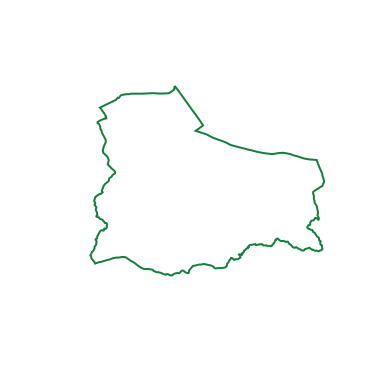 Kilolo, Iringa, United Republic of Tanzania (Mercator projection), rotated 235°
{"feature_id": "72390352B38467377597679", "entity_name": "Kilolo", "entity_type": "district", "adm_level": 2, "iso_a3": "TZA", "parent_name": "United Republic of Tanzania", "parent_adm1": "Iringa", "projection": "mercator", "projection_center": [36.065, -7.785], "detail": "fine", "context": "isolated", "style": "outline", "palette": "green", "viewbox_px": 384, "rotation_deg": 235, "n_neighbors": 0, "source": "geoboundaries", "source_scale": "gbopen_adm2", "svg_char_len": 5980}
<svg xmlns="http://www.w3.org/2000/svg" viewBox="0 0 384 384"><g transform="rotate(235 192 192)"><path d="M189.0,71.5L187.9,75.4L186.8,77.7L185.1,83.0L183.9,85.9L183.2,89.1L182.7,89.9L181.5,92.8L180.3,94.3L179.9,95.3L178.8,97.6L177.2,99.7L176.2,100.4L170.7,102.4L167.5,104.1L163.2,105.3L160.3,106.4L158.3,107.3L157.1,108.1L156.3,108.7L154.0,112.1L151.2,114.9L150.4,115.2L149.5,115.2L146.5,117.1L145.6,118.5L144.3,119.5L143.3,120.4L141.4,121.3L139.3,123.1L139.2,123.5L139.3,123.9L139.2,124.4L138.6,125.2L136.4,126.2L135.8,126.7L135.5,127.5L135.0,128.1L135.3,129.1L135.2,129.6L135.0,131.5L134.4,132.6L134.1,133.6L133.9,133.9L133.1,134.5L132.9,135.2L133.0,136.4L133.4,137.5L133.4,138.7L133.3,138.9L132.9,139.4L132.2,139.9L130.1,140.5L128.9,141.2L127.6,142.4L127.5,142.7L127.7,143.0L128.6,143.8L129.4,144.7L130.3,148.1L130.9,150.1L130.9,150.4L130.6,150.5L130.5,151.2L129.7,152.9L129.0,154.9L128.4,156.4L127.8,157.0L127.5,157.6L126.5,160.0L125.7,161.0L121.1,165.2L119.9,166.0L118.2,166.8L117.3,166.7L115.9,167.4L113.9,171.2L112.5,173.2L111.2,175.5L111.2,176.8L111.5,178.2L112.0,178.8L112.9,179.4L113.2,179.9L113.3,180.8L113.7,181.8L114.6,183.6L114.9,185.0L114.9,185.3L115.6,186.2L115.1,186.8L114.2,187.0L113.0,187.6L112.2,187.6L112.0,187.8L112.1,188.5L112.0,189.2L110.8,190.6L110.5,192.5L110.6,194.1L111.3,194.2L111.9,194.9L113.6,194.6L113.9,194.6L113.9,194.9L112.7,196.2L112.0,196.6L111.9,196.9L112.0,197.2L112.7,197.3L112.8,197.5L112.6,197.9L112.6,198.2L112.8,198.3L113.1,198.2L113.0,199.8L113.1,200.2L113.8,200.7L114.2,201.2L113.9,201.9L114.2,203.5L114.5,203.9L114.5,204.3L114.0,205.1L113.9,205.6L114.7,206.1L114.5,206.7L114.9,206.8L114.7,207.5L115.4,208.1L115.4,208.6L115.2,209.7L114.4,210.6L113.8,212.3L113.1,213.5L113.1,213.9L111.8,214.0L111.6,214.2L111.4,214.5L111.4,215.1L110.5,216.7L110.5,217.2L110.0,217.7L109.7,218.7L109.5,219.0L108.8,219.2L108.6,219.7L107.8,219.6L107.6,219.6L106.6,220.8L106.1,221.8L105.6,222.3L104.9,222.5L103.2,224.9L102.3,225.4L102.2,225.8L102.3,226.9L102.7,227.8L102.6,228.1L102.8,228.5L102.9,228.8L102.8,229.1L103.1,229.4L103.5,230.7L104.9,232.9L104.9,233.2L104.6,233.4L105.1,234.1L105.0,234.5L104.9,235.3L103.8,235.7L101.5,236.3L100.6,236.9L100.1,237.8L99.8,238.0L99.6,238.8L98.9,239.3L98.4,239.4L98.0,240.0L97.3,240.3L96.8,241.5L96.2,242.1L94.3,241.8L93.8,241.9L91.6,242.7L90.6,242.7L90.1,242.8L89.9,243.0L89.0,243.0L87.8,243.6L87.6,243.9L87.4,244.1L87.5,244.4L86.9,245.8L84.4,246.8L82.4,248.0L81.1,248.5L80.3,249.3L79.9,250.2L80.4,251.4L80.3,252.1L79.3,255.1L79.0,256.2L78.4,256.5L77.6,256.5L76.7,257.2L75.6,257.4L75.0,258.3L73.5,258.9L73.2,259.1L72.8,260.3L72.4,260.5L70.8,261.6L70.5,262.5L70.7,263.5L70.1,264.7L70.1,265.2L70.6,266.3L71.0,266.3L71.7,266.6L72.7,267.3L73.9,267.8L75.0,267.1L75.7,267.3L77.2,268.2L77.4,268.8L77.7,269.1L78.5,268.9L79.1,268.5L79.5,268.5L81.6,269.6L82.5,269.5L83.6,268.9L84.3,268.9L85.6,269.1L86.3,269.0L87.9,269.2L90.0,268.3L91.0,268.7L91.8,268.7L93.2,267.5L95.7,266.2L96.2,266.0L96.9,266.1L97.3,266.5L98.0,268.4L97.7,268.8L97.4,269.8L97.8,270.4L99.1,271.2L100.0,273.4L99.7,274.3L99.1,275.3L99.2,275.8L99.6,276.7L99.6,277.1L100.1,278.2L98.7,279.4L96.8,279.5L96.8,280.0L97.2,280.5L98.4,281.1L100.2,281.3L100.9,281.5L101.5,282.0L101.9,282.5L102.5,282.9L102.7,283.4L109.2,286.2L113.0,286.3L113.5,286.6L114.0,287.1L116.1,287.8L117.0,288.2L118.5,289.4L120.2,290.0L120.5,290.0L121.0,290.2L121.4,290.6L122.4,291.1L122.7,291.5L122.7,293.1L122.6,294.6L122.6,296.0L122.5,297.2L122.4,297.2L122.5,300.2L122.1,302.3L122.3,302.6L122.9,303.2L123.4,303.9L124.5,306.0L125.0,306.4L125.6,306.7L126.3,306.8L126.7,307.1L128.2,307.5L130.1,308.0L130.8,308.4L132.6,309.2L135.9,309.9L140.0,310.7L141.3,311.1L142.5,311.3L146.7,312.5L151.4,306.8L154.5,303.7L156.6,301.9L160.0,299.4L164.6,295.6L166.5,294.4L170.8,290.3L172.3,288.5L174.6,284.5L176.5,280.5L177.4,279.0L182.6,273.2L186.9,269.0L189.7,266.6L202.0,255.9L208.6,250.4L211.6,249.0L215.1,246.9L222.8,241.4L225.6,239.6L230.5,237.2L240.0,230.1L240.1,239.2L243.9,239.4L253.5,239.4L258.5,239.2L283.7,238.9L288.0,238.7L288.2,238.1L287.7,237.8L287.2,237.0L286.9,237.0L286.6,236.7L286.4,236.3L286.1,235.9L286.1,229.9L287.4,227.7L288.7,225.8L290.3,223.1L293.9,218.5L294.8,217.6L301.7,206.7L307.6,198.4L308.0,197.0L309.7,194.4L311.1,191.5L311.8,190.2L311.9,189.5L311.9,188.8L311.6,187.7L311.1,186.6L311.2,185.8L311.5,185.4L311.8,185.2L311.1,182.4L313.7,166.6L313.9,165.0L313.2,165.2L312.5,165.2L311.1,165.1L307.1,165.2L306.0,165.1L303.5,165.0L303.0,164.9L302.8,164.7L302.6,164.5L302.7,164.1L301.5,164.0L302.5,161.4L303.4,157.3L303.4,154.7L302.4,154.2L301.2,154.8L298.4,154.4L296.3,153.1L294.4,153.1L292.0,152.2L284.4,151.3L282.3,150.0L280.3,146.5L278.6,144.3L276.8,142.5L274.8,141.7L273.0,142.3L269.6,142.9L265.9,142.2L262.9,138.8L256.7,139.8L254.8,140.4L252.5,140.5L251.5,139.7L251.5,137.2L251.3,136.1L250.7,135.2L250.6,131.9L249.2,130.6L248.9,130.1L248.6,129.1L248.5,125.6L248.1,124.2L247.5,122.8L244.9,119.1L244.6,118.7L244.3,118.6L243.0,118.7L242.7,116.8L243.2,116.0L243.1,115.5L243.4,115.1L243.3,112.6L243.5,112.4L243.5,111.4L243.3,110.2L243.0,109.2L242.1,108.5L241.0,106.8L238.9,106.5L238.2,106.3L237.8,105.6L237.8,105.3L237.5,104.9L236.0,104.8L235.2,105.0L234.4,104.9L233.9,104.6L233.6,103.9L233.0,103.3L232.2,102.8L231.2,102.7L229.7,102.4L228.6,101.7L227.4,101.3L227.1,99.8L226.7,99.6L226.0,100.0L224.6,101.2L224.2,101.1L223.2,101.1L221.9,102.0L220.6,102.7L218.8,102.7L218.4,102.8L218.0,103.1L217.0,102.9L216.4,103.0L216.1,103.6L215.5,104.1L214.8,104.1L214.1,103.9L213.4,102.9L212.7,102.6L211.8,101.7L211.3,100.2L211.6,99.8L212.1,99.6L212.2,99.0L212.1,98.7L211.1,97.8L211.1,97.3L212.2,96.5L212.6,95.7L212.6,94.0L212.1,93.1L210.8,90.5L210.3,90.1L210.1,89.0L208.6,87.8L208.4,87.4L208.7,86.5L208.6,86.0L208.0,85.6L206.6,85.6L206.1,85.4L205.6,85.0L205.3,84.4L204.1,83.7L203.5,82.2L203.2,81.2L202.8,80.5L201.7,79.8L201.1,78.8L200.5,77.3L200.3,75.7L199.8,75.2L198.6,73.0L198.5,72.5L197.4,72.5L194.9,71.5L191.7,71.9L190.2,71.8L189.0,71.5Z" fill="none" stroke="#15803d" stroke-width="2"/></g></svg>